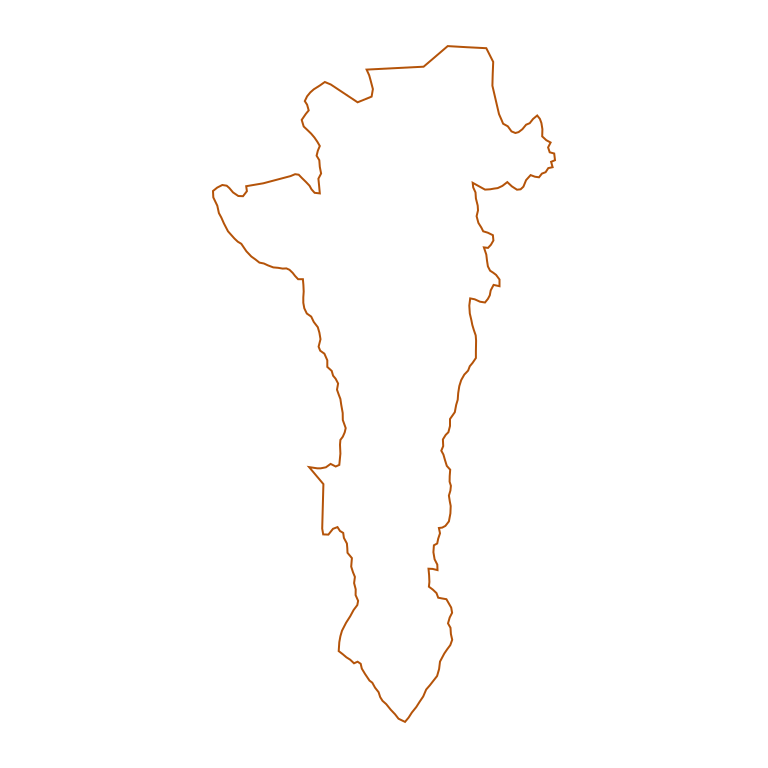 the district of Ubaíra, Bahia, Brazil
{"feature_id": "56859067B29513354992445", "entity_name": "Ubaíra", "entity_type": "district", "adm_level": 2, "iso_a3": "BRA", "parent_name": "Brazil", "parent_adm1": "Bahia", "projection": "equal_earth", "projection_center": [-39.677, -13.316], "detail": "fine", "context": "isolated", "style": "outline", "palette": "amber", "viewbox_px": 768, "rotation_deg": 0, "n_neighbors": 0, "source": "geoboundaries", "source_scale": "gbopen_adm2", "svg_char_len": 3984}
<svg xmlns="http://www.w3.org/2000/svg" viewBox="0 0 768 768"><path d="M366.6,69.6L369.2,75.3L370.5,80.0L372.9,89.1L371.6,96.6L357.6,102.3L330.8,84.5L324.8,82.0L320.0,85.4L313.8,89.3L310.3,92.4L307.1,96.3L304.8,101.1L307.1,104.7L308.7,110.4L305.9,113.8L301.7,119.9L303.7,126.5L307.6,130.2L311.2,133.7L314.5,137.6L317.3,141.7L319.8,146.0L317.8,150.8L316.6,155.7L319.3,160.2L319.8,166.9L321.1,173.5L318.4,178.7L319.1,185.7L319.8,193.4L314.6,192.8L311.5,189.3L309.5,185.7L305.9,181.9L301.9,178.0L298.7,174.7L295.1,174.2L290.5,176.1L263.3,183.3L246.2,186.2L246.9,191.2L243.0,196.2L238.3,196.0L233.0,192.4L229.4,188.1L226.7,185.7L222.3,185.0L217.2,187.6L213.0,191.0L213.3,197.4L217.3,205.7L218.9,213.1L221.3,217.5L223.9,223.4L228.0,231.3L234.4,238.5L237.8,241.7L241.3,243.8L246.4,251.3L251.3,256.5L255.5,259.5L259.4,262.6L263.9,263.5L268.0,265.4L273.3,267.4L278.0,267.8L282.7,268.6L286.4,268.4L289.5,269.8L292.7,272.9L295.1,276.0L298.1,279.2L302.9,279.2L303.4,285.0L303.7,291.6L303.3,297.4L303.3,302.8L304.3,308.3L306.8,313.5L311.2,316.6L313.8,322.0L317.8,327.2L319.4,332.7L320.5,339.2L318.6,346.7L320.2,350.7L324.4,353.7L327.3,360.3L327.3,366.9L331.7,370.9L333.1,375.7L335.6,378.7L338.1,383.5L337.0,389.7L338.8,394.8L340.4,399.0L341.2,404.6L342.7,413.0L342.8,420.0L345.7,428.1L344.7,432.4L342.8,436.7L340.4,439.9L340.0,444.7L340.4,453.6L339.3,464.9L335.7,466.5L330.6,463.9L325.9,467.3L320.8,468.3L317.1,468.3L309.1,467.1L323.4,484.1L322.2,528.6L323.2,534.4L328.4,534.6L333.0,528.8L337.5,527.1L340.0,531.0L343.2,532.9L343.9,537.9L346.9,543.5L347.3,548.2L347.5,552.8L351.9,558.1L351.2,566.6L353.0,572.3L354.9,576.9L354.1,583.1L355.7,589.3L355.6,595.1L358.1,600.8L357.3,605.1L353.6,610.0L350.2,616.3L346.1,622.7L342.0,630.7L340.4,636.2L339.3,642.2L338.7,651.1L342.5,654.0L346.4,657.3L350.2,659.7L354.0,663.3L357.6,661.7L360.7,663.8L361.8,668.6L365.0,673.9L369.5,680.6L372.3,682.7L375.0,687.6L378.6,692.2L380.2,697.1L382.5,700.8L386.2,704.1L390.8,709.8L395.0,714.2L398.5,718.7L405.0,721.9L408.6,717.6L411.8,712.6L416.3,707.0L419.8,701.5L423.2,696.5L426.2,689.5L430.0,685.1L433.5,680.6L437.1,676.0L439.1,669.0L440.0,661.6L444.3,653.5L447.1,649.4L450.3,645.1L452.2,639.8L450.9,634.0L450.5,627.8L448.0,623.4L449.7,617.5L452.1,612.8L451.2,607.6L448.8,603.4L446.4,599.2L441.8,598.4L438.2,597.7L436.5,593.1L432.7,589.5L428.9,586.7L429.4,581.9L429.1,575.1L428.5,568.7L432.5,568.9L437.5,570.1L437.3,564.6L434.6,559.3L433.4,552.2L433.9,545.3L437.2,543.5L438.2,538.7L440.0,533.3L438.9,528.0L442.2,527.6L445.4,525.9L448.9,521.4L450.4,513.4L450.7,506.0L449.8,501.4L448.9,495.6L450.4,490.6L450.9,485.8L449.6,481.7L449.7,476.2L450.2,469.7L446.8,465.9L445.0,460.1L443.4,454.5L441.3,450.7L443.2,446.1L442.9,439.4L445.7,434.9L448.4,432.2L450.0,426.0L450.0,419.0L454.8,412.2L456.2,404.8L457.7,399.8L458.2,393.1L459.3,386.1L461.2,380.1L464.3,374.6L468.1,370.6L469.8,366.2L472.5,363.0L475.9,358.0L475.9,351.0L476.1,340.7L475.7,335.4L473.8,329.9L472.3,324.9L471.4,320.3L469.8,313.5L469.3,305.6L470.2,298.4L474.7,299.3L480.0,301.7L485.0,302.5L487.9,298.9L489.8,295.3L490.7,290.4L493.6,284.9L499.5,286.2L499.5,279.5L496.1,274.9L493.2,272.7L490.1,270.7L487.9,266.4L487.0,260.6L486.3,254.6L483.9,247.4L488.0,247.9L490.9,244.8L493.4,240.5L492.9,235.2L487.8,232.7L483.2,231.3L481.4,227.7L478.4,222.9L476.6,216.2L478.0,210.4L477.7,205.6L475.9,198.4L475.5,192.4L473.2,187.4L472.7,182.8L485.0,189.6L490.1,189.3L494.0,188.6L497.7,188.1L502.4,185.9L507.3,182.1L511.9,186.4L517.0,189.7L520.6,189.3L523.4,186.7L526.1,180.1L530.6,175.1L534.9,176.7L539.0,177.3L541.9,173.6L545.6,172.2L548.3,168.1L552.6,167.2L551.1,161.8L555.0,160.2L554.2,153.5L549.7,152.3L548.1,147.4L550.6,142.5L546.3,140.2L542.2,136.4L542.4,129.2L541.4,123.0L539.9,118.9L537.2,115.5L533.1,118.9L529.7,123.2L526.1,124.7L522.4,129.2L518.6,132.1L515.4,133.0L511.5,131.4L507.8,126.3L503.1,123.7L501.5,119.8L499.0,114.1L492.4,85.7L492.7,74.5L493.2,61.9L486.3,48.2L466.6,47.2L447.7,46.1L423.6,66.7L366.6,69.6Z" fill="none" stroke="#b45309" stroke-width="2"/></svg>